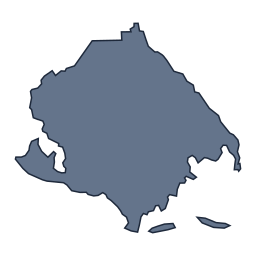 outline of Terrebonne, Louisiana, United States of America
{"feature_id": "52423323B18014802865122", "entity_name": "Terrebonne", "entity_type": "district", "adm_level": 2, "iso_a3": "USA", "parent_name": "United States of America", "parent_adm1": "Louisiana", "projection": "natural_earth1", "projection_center": [-90.835, 29.408], "detail": "fine", "context": "isolated", "style": "filled", "palette": "slate", "viewbox_px": 256, "rotation_deg": 0, "n_neighbors": 0, "source": "geoboundaries", "source_scale": "gbopen_adm2", "svg_char_len": 2169}
<svg xmlns="http://www.w3.org/2000/svg" viewBox="0 0 256 256"><path d="M238.7,171.2L240.6,168.8L239.9,163.5L238.1,163.9L239.7,157.9L237.4,151.7L239.0,144.8L237.9,140.0L233.4,134.8L229.8,133.1L220.7,121.8L218.5,115.6L209.3,108.3L198.9,93.0L194.7,91.9L193.3,85.1L186.9,81.2L182.8,74.0L173.9,71.3L166.9,60.5L163.5,56.1L162.1,54.8L157.6,51.9L154.8,52.0L148.3,46.3L145.8,39.2L143.3,31.5L139.5,30.9L138.1,23.3L134.1,23.4L134.0,26.7L130.2,29.1L131.0,31.8L121.4,31.9L121.8,40.2L92.2,40.8L74.5,65.9L66.4,68.5L65.0,71.2L61.2,70.9L55.5,75.5L52.2,70.7L44.4,76.1L41.1,80.2L41.6,83.9L37.7,88.1L32.0,89.5L30.5,91.4L31.6,97.8L29.7,107.7L31.6,109.6L33.3,117.7L38.0,119.5L38.3,119.5L42.9,121.1L44.2,124.4L43.6,125.8L42.2,129.0L42.8,131.3L46.9,133.3L48.6,138.5L58.7,143.5L58.5,146.0L62.6,147.1L64.8,153.1L65.6,158.6L62.8,162.8L63.8,166.3L65.8,168.3L65.3,172.6L61.8,172.9L57.6,171.6L53.4,168.3L54.4,162.1L54.1,157.6L55.8,153.6L53.6,151.6L47.9,157.2L41.7,151.4L38.0,144.4L38.3,138.5L31.6,141.4L29.6,146.0L29.0,150.3L25.4,155.5L21.3,157.1L15.9,157.1L15.4,159.1L22.9,168.4L28.5,173.6L42.5,179.8L47.0,181.1L63.5,182.7L66.9,184.9L71.7,190.7L80.0,192.4L86.3,192.3L88.1,194.4L93.7,195.9L98.1,195.4L102.8,192.6L105.9,194.6L107.4,197.9L111.1,200.5L117.6,206.7L120.6,210.8L122.4,214.2L126.5,217.1L128.5,222.9L126.7,225.4L124.7,228.1L131.1,230.9L137.6,232.1L138.6,228.0L139.2,225.7L141.0,216.8L143.4,213.5L147.0,214.7L148.4,211.8L153.5,210.6L155.6,205.8L156.3,205.7L158.6,205.4L161.3,211.0L165.3,208.5L168.4,199.7L167.5,197.0L169.6,194.6L176.5,196.1L177.3,189.3L179.8,183.1L184.6,183.0L186.0,180.3L184.5,177.9L186.2,176.3L193.3,179.4L196.4,177.2L189.8,172.0L190.2,166.9L187.4,162.0L188.0,157.8L192.2,155.4L195.3,157.6L198.1,162.9L204.4,157.6L207.7,158.2L211.7,160.0L215.7,161.0L218.0,159.3L222.1,152.6L220.6,148.6L223.1,145.2L226.6,145.4L229.6,151.9L233.6,155.3L235.6,159.0L234.9,164.0L234.3,169.7L238.0,169.6L238.7,171.2ZM197.2,217.3L202.2,222.9L213.6,227.4L224.3,228.1L229.8,225.6L225.3,223.5L216.1,222.6L205.3,218.2L197.2,217.3ZM152.1,228.2L148.8,231.2L152.7,232.7L168.0,229.7L175.2,227.6L173.0,223.5L164.4,224.1L157.7,226.2L152.1,228.2Z" fill="#64748b" stroke="#1e293b" stroke-width="1.5"/></svg>